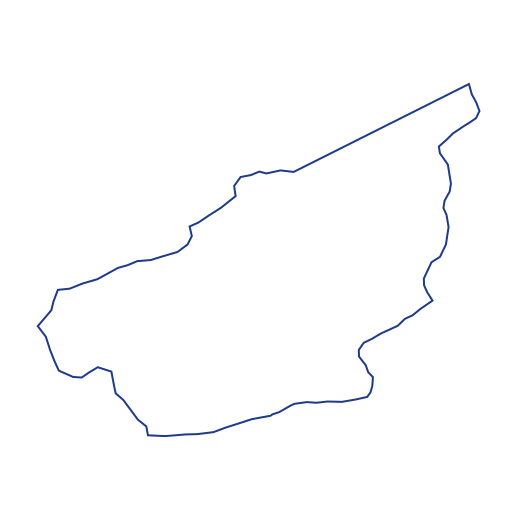 the district of Ammochostos, Cyprus, rotated 274°
{"feature_id": "46923920B15488277877643", "entity_name": "Ammochostos", "entity_type": "district", "adm_level": 2, "iso_a3": "CYP", "parent_name": "Cyprus", "parent_adm1": "", "projection": "equal_earth", "projection_center": [33.927, 35.12], "detail": "fine", "context": "isolated", "style": "outline", "palette": "blue", "viewbox_px": 512, "rotation_deg": 274, "n_neighbors": 0, "source": "geoboundaries", "source_scale": "gbopen_adm2", "svg_char_len": 1375}
<svg xmlns="http://www.w3.org/2000/svg" viewBox="0 0 512 512"><g transform="rotate(274 256 256)"><path d="M69.6,160.7L70.0,177.9L73.1,198.4L74.2,209.8L77.3,225.8L82.5,237.2L93.0,263.4L97.7,281.8L99.1,283.3L101.8,289.9L109.1,300.8L111.2,304.5L113.8,316.9L113.8,326.4L115.8,337.3L116.5,351.9L119.9,365.8L123.2,376.8L127.9,379.7L134.6,381.1L143.3,381.1L148.0,376.0L154.7,373.1L162.8,365.8L169.5,365.1L176.9,369.5L181.5,377.5L187.6,386.3L192.3,395.0L196.3,402.3L203.7,408.9L207.7,416.2L215.1,424.2L223.8,435.2L231.8,429.3L238.5,425.7L245.2,425.0L262.0,431.5L268.0,439.6L280.8,444.7L290.2,445.4L298.2,446.1L310.3,443.2L317.0,439.6L324.4,440.3L333.8,444.7L341.8,445.4L360.6,441.0L371.3,432.3L378.0,430.8L385.4,438.1L392.1,444.0L399.5,453.5L404.2,460.0L408.9,465.9L416.2,468.8L424.3,465.1L432.3,460.0L442.4,456.4L342.5,287.7L343.1,274.5L339.1,260.7L340.4,253.4L336.4,245.3L333.7,235.1L324.3,229.3L314.3,231.5L301.6,217.6L293.5,206.6L285.5,196.4L280.8,187.7L271.4,190.6L262.7,186.9L254.6,177.5L248.6,161.4L244.6,151.2L242.6,138.0L237.9,128.6L234.5,119.1L229.8,111.8L221.8,99.4L216.4,84.8L210.4,72.4L208.4,60.7L196.3,57.1L187.6,55.6L170.8,43.2L160.8,52.0L148.0,57.1L137.3,62.2L127.9,67.3L122.6,81.9L122.6,90.6L127.9,97.2L134.0,105.9L130.6,119.8L116.5,123.5L109.2,125.6L103.1,133.7L97.1,138.8L84.4,149.7L78.3,158.5L69.6,160.7Z" fill="none" stroke="#1e3a8a" stroke-width="2"/></g></svg>